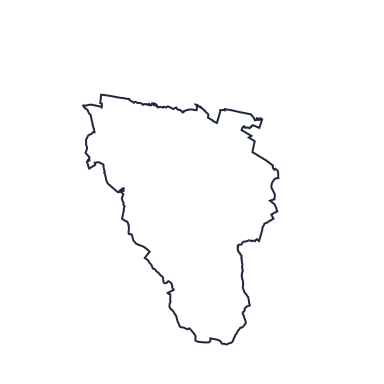 Ulmeni, Maramures, Romania (Natural Earth projection), rotated 47°
{"feature_id": "2599482B24457515163522", "entity_name": "Ulmeni", "entity_type": "district", "adm_level": 2, "iso_a3": "ROU", "parent_name": "Romania", "parent_adm1": "Maramures", "projection": "natural_earth1", "projection_center": [23.289, 47.463], "detail": "fine", "context": "isolated", "style": "outline", "palette": "slate", "viewbox_px": 384, "rotation_deg": 47, "n_neighbors": 0, "source": "geoboundaries", "source_scale": "gbopen_adm2", "svg_char_len": 6038}
<svg xmlns="http://www.w3.org/2000/svg" viewBox="0 0 384 384"><g transform="rotate(47 192 192)"><path d="M310.8,285.3L313.6,282.0L313.5,281.0L313.1,279.7L311.6,278.4L317.1,274.4L319.1,273.3L321.6,273.0L322.9,273.6L323.7,273.4L324.8,271.9L325.9,271.6L327.3,270.4L327.5,269.1L329.1,265.8L329.1,265.0L328.8,263.7L327.3,260.6L327.1,259.5L326.2,258.1L326.0,256.1L324.7,252.8L324.8,251.3L324.3,249.8L324.3,249.1L325.0,248.3L325.4,246.1L324.8,243.6L324.8,242.6L324.3,241.8L323.7,241.4L321.3,240.1L320.0,239.7L317.9,238.6L315.7,238.0L314.8,237.0L314.6,236.5L314.9,235.5L314.6,234.5L314.2,233.9L313.2,233.0L313.1,232.6L313.2,229.8L313.6,228.6L314.3,227.5L314.4,227.1L314.2,226.8L311.6,225.7L310.7,224.7L308.6,223.5L307.5,222.7L305.0,222.4L303.7,222.1L301.4,222.1L296.5,220.1L295.9,219.4L295.3,218.4L293.3,216.7L292.9,216.1L292.3,215.7L291.9,215.7L290.7,214.8L289.4,214.4L288.3,213.5L287.6,213.2L287.1,212.5L286.5,212.1L286.5,211.8L284.9,210.0L284.5,208.9L284.0,208.2L283.2,208.1L282.0,207.1L281.3,206.9L280.2,205.6L280.1,205.3L279.2,204.4L277.1,203.2L276.4,202.5L275.7,202.2L275.0,201.3L274.3,201.2L274.0,200.8L273.3,200.4L272.8,199.4L271.5,199.1L270.5,199.2L270.0,198.9L269.6,199.0L269.5,198.8L268.8,198.7L266.7,198.7L266.0,198.0L265.9,197.7L264.4,197.2L263.9,196.8L263.8,196.0L263.6,195.6L263.1,195.4L263.3,195.3L262.6,194.4L262.5,193.8L262.9,192.9L263.7,192.3L264.0,191.9L264.0,190.9L263.7,190.2L263.4,188.7L263.6,188.0L264.6,186.8L265.2,185.9L266.2,183.2L268.6,181.8L268.4,181.5L268.5,181.4L269.1,180.9L269.6,180.2L270.8,179.5L270.6,179.3L270.8,176.7L273.5,176.6L273.3,175.9L267.8,166.6L266.5,165.3L265.9,164.2L265.2,161.8L264.6,160.8L265.0,159.3L265.6,158.2L265.8,156.3L267.1,150.6L262.6,149.4L264.1,143.2L264.3,142.9L260.6,141.1L258.6,140.4L256.8,140.1L255.6,140.2L251.6,140.9L253.5,136.7L252.9,136.5L252.1,134.7L250.5,133.4L249.5,132.8L243.3,131.0L241.8,130.0L239.9,127.3L239.0,123.7L239.0,122.1L239.3,121.2L240.7,119.4L236.5,115.7L235.5,115.1L234.1,114.9L231.8,115.3L231.8,116.6L230.7,116.6L229.2,116.2L228.5,115.6L227.9,114.8L220.0,116.1L204.0,120.6L197.6,111.5L190.9,113.3L191.5,110.3L180.5,113.5L179.2,110.6L179.6,110.2L179.5,109.0L180.2,109.0L181.0,109.2L181.5,109.1L181.9,108.8L182.1,107.9L184.7,106.3L184.7,105.9L184.3,105.2L184.8,104.3L184.3,103.3L184.4,102.9L184.9,102.2L184.8,101.8L191.0,99.0L186.8,91.3L186.4,91.6L185.4,91.3L184.7,91.8L184.6,92.2L185.3,92.8L185.4,93.2L185.2,93.4L183.8,93.2L183.5,93.4L183.5,93.6L184.4,94.1L184.6,94.4L184.5,94.6L184.1,94.7L182.7,94.0L182.3,94.2L183.2,95.7L183.0,96.3L182.5,97.1L180.2,96.2L176.7,96.1L175.8,95.8L174.6,96.5L168.8,100.6L168.2,101.2L159.8,106.9L153.9,111.4L154.7,112.3L153.5,113.0L151.4,115.5L152.3,116.3L158.5,126.7L154.5,128.2L154.1,128.2L153.9,128.0L148.6,129.6L148.1,129.3L146.7,127.3L146.1,127.1L142.0,127.4L141.5,127.2L141.5,127.3L135.6,127.7L135.7,128.3L131.7,128.8L130.8,129.6L132.2,129.6L132.8,129.7L133.0,130.2L133.5,130.6L135.3,132.9L131.1,136.3L129.7,137.9L129.2,139.0L128.8,139.3L127.2,143.3L127.4,143.6L127.3,143.8L127.8,144.0L127.5,144.6L127.1,144.6L127.0,144.4L123.6,144.9L123.2,145.5L122.4,145.8L121.7,146.3L119.3,146.0L118.6,149.1L114.4,150.5L113.1,151.3L112.6,151.9L112.7,153.2L111.3,153.9L110.2,154.8L110.4,155.6L109.5,156.1L107.7,157.6L107.1,159.0L106.5,159.4L106.2,158.9L105.7,159.0L104.5,158.6L104.0,159.8L103.4,160.0L103.0,158.8L102.6,158.6L101.9,159.0L102.5,159.7L102.3,160.6L102.0,160.7L100.8,159.8L100.5,160.1L101.1,161.0L100.9,161.2L99.9,161.3L99.9,161.6L100.3,161.9L100.5,162.5L100.6,162.8L100.4,163.3L99.8,163.6L98.2,163.4L98.2,163.6L98.6,164.2L98.4,164.7L97.9,165.1L96.6,165.2L96.1,166.4L95.1,166.9L95.0,168.1L94.8,168.4L92.7,168.5L90.6,170.1L89.6,171.2L87.5,171.8L87.2,172.4L87.1,173.7L85.4,174.0L82.1,175.0L81.3,174.4L79.5,175.9L78.8,176.6L76.4,178.2L76.0,178.8L75.4,179.1L74.6,179.9L65.3,186.8L60.7,190.5L59.7,191.5L58.9,192.0L59.2,192.5L62.6,196.4L64.4,198.5L65.6,197.7L66.0,197.7L68.5,200.3L68.5,200.5L67.7,200.3L67.3,200.5L61.1,204.9L60.3,205.3L58.3,207.4L56.4,210.7L54.9,212.2L55.2,212.3L55.0,212.8L57.5,213.1L60.9,212.4L61.5,212.8L64.4,213.7L66.7,213.6L70.3,216.0L73.6,217.7L74.4,218.4L81.8,222.4L81.9,222.6L81.0,223.3L80.8,223.8L80.9,226.3L80.4,227.2L79.8,229.3L81.0,232.4L81.5,233.9L83.3,235.4L84.8,236.9L87.9,238.5L88.7,239.2L90.8,243.2L96.7,243.3L97.2,244.3L97.6,245.7L98.7,245.1L99.0,245.4L98.7,246.5L98.2,247.2L98.1,248.1L104.4,251.1L104.7,251.2L106.2,244.4L105.2,244.0L104.2,243.0L105.2,242.3L105.3,241.6L106.6,239.8L111.6,238.1L113.6,239.8L118.0,242.3L117.9,242.9L120.5,243.9L123.7,246.0L125.3,246.8L127.2,247.5L129.3,247.8L130.0,247.8L131.1,247.4L132.3,247.4L140.2,246.6L141.8,246.2L142.6,244.8L141.8,244.3L141.8,242.8L142.1,241.7L142.0,240.8L142.6,239.3L142.8,239.3L143.2,240.3L144.5,241.3L143.8,241.8L143.7,242.6L143.7,244.0L145.0,243.6L146.5,243.9L147.0,243.8L148.5,247.3L149.3,248.0L151.0,248.9L152.9,249.3L153.7,249.8L154.4,250.8L156.4,251.0L157.0,252.4L158.6,254.2L159.1,254.3L159.2,254.8L163.9,261.4L166.6,260.8L169.8,259.6L170.9,259.9L171.1,260.2L171.8,260.5L172.6,260.6L173.1,261.2L173.9,261.4L174.5,262.3L175.5,262.8L178.2,265.9L179.5,266.8L180.6,266.2L181.5,265.2L181.8,265.1L183.6,265.8L187.1,267.8L191.2,268.1L194.3,267.2L195.2,266.4L196.4,266.0L198.4,264.9L201.7,264.1L206.7,263.6L208.0,271.5L210.9,270.9L212.5,270.8L214.6,271.4L216.4,271.3L218.1,271.6L220.9,272.6L221.7,272.6L223.0,271.9L224.0,271.8L225.4,272.1L229.2,271.6L231.3,271.9L233.1,271.5L234.4,271.5L235.1,271.7L236.8,273.2L239.0,274.5L239.6,274.4L240.4,273.9L241.1,272.8L241.2,272.4L240.9,271.0L241.1,270.2L242.0,269.7L244.2,269.3L246.6,270.0L248.0,271.4L249.3,271.8L251.1,272.1L249.3,278.7L250.6,278.6L251.9,277.7L252.7,278.2L254.7,280.1L255.5,281.1L257.6,282.7L258.1,283.4L258.1,284.0L260.0,286.3L260.8,286.8L261.9,287.3L264.6,287.2L266.3,287.0L270.3,288.0L271.6,288.0L277.3,291.0L278.7,291.3L282.1,292.7L283.1,292.4L285.6,290.5L289.1,289.1L289.5,288.7L289.8,287.0L290.1,286.8L295.7,287.0L299.1,287.4L300.0,287.8L302.2,290.2L302.8,290.7L303.3,290.8L305.5,289.8L308.7,287.2L310.3,285.4L310.8,285.3Z" fill="none" stroke="#1e293b" stroke-width="2"/></g></svg>